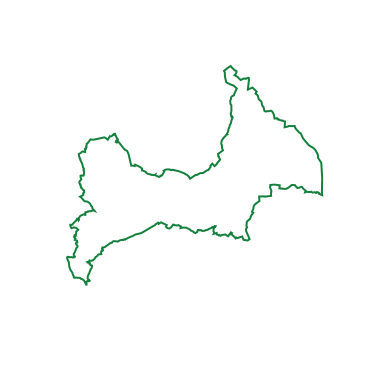 outline of Feliceni, Harghita, Romania, rotated 296°
{"feature_id": "2599482B81042464195170", "entity_name": "Feliceni", "entity_type": "district", "adm_level": 2, "iso_a3": "ROU", "parent_name": "Romania", "parent_adm1": "Harghita", "projection": "mercator", "projection_center": [25.253, 46.284], "detail": "fine", "context": "isolated", "style": "outline", "palette": "green", "viewbox_px": 384, "rotation_deg": 296, "n_neighbors": 0, "source": "geoboundaries", "source_scale": "gbopen_adm2", "svg_char_len": 6010}
<svg xmlns="http://www.w3.org/2000/svg" viewBox="0 0 384 384"><g transform="rotate(296 192 192)"><path d="M246.2,310.4L248.2,309.1L261.6,302.9L274.9,295.4L278.1,290.1L279.6,289.6L281.0,288.4L283.6,284.8L284.7,282.2L285.2,276.6L288.1,269.9L289.0,268.1L292.4,264.0L292.4,262.5L294.2,257.8L295.6,255.8L296.3,255.4L293.6,249.9L293.0,249.6L290.8,246.9L296.1,244.7L295.8,243.2L296.0,242.2L295.6,241.8L294.9,237.5L295.4,237.6L295.6,236.1L294.2,234.0L296.7,232.2L298.6,230.3L299.6,228.5L299.7,227.3L298.4,225.9L297.6,224.0L296.9,223.5L296.5,222.1L296.6,221.6L300.0,218.7L300.0,218.2L300.4,217.3L303.4,215.0L304.0,213.8L304.6,211.4L307.5,208.8L307.9,208.0L308.2,206.0L310.5,206.1L312.4,200.6L308.6,197.3L318.0,193.9L319.4,193.1L319.3,192.4L317.2,190.6L317.2,189.7L316.6,188.8L314.0,186.6L314.9,183.7L315.4,182.7L315.6,179.0L317.5,179.6L319.5,179.4L320.2,178.9L320.1,177.1L321.4,173.1L322.2,171.5L319.0,169.6L314.9,167.7L313.8,169.1L310.2,171.0L305.6,174.7L305.5,179.4L305.9,182.8L304.7,186.9L298.6,187.0L297.4,187.3L295.5,186.0L294.2,185.7L292.3,186.3L290.7,186.3L287.9,188.1L287.3,189.3L282.1,191.9L279.1,192.6L277.1,194.3L277.6,194.7L277.0,195.8L275.1,195.8L270.5,196.8L268.5,196.7L267.1,197.1L264.8,197.2L262.1,198.0L259.2,197.9L259.1,198.4L258.3,197.7L256.5,197.4L254.9,196.7L251.4,196.2L249.5,196.6L247.9,197.3L247.3,198.2L244.6,199.8L243.0,201.6L237.5,198.7L236.0,200.1L235.7,199.9L233.5,203.1L228.6,201.9L227.4,201.9L225.1,200.9L225.2,200.6L225.8,199.4L226.4,197.8L223.7,197.0L222.7,197.7L218.8,197.0L218.2,196.1L214.0,193.6L212.5,191.1L209.5,189.0L209.1,187.8L203.1,184.5L204.6,182.2L205.3,179.8L205.1,178.8L205.4,177.3L204.9,171.1L203.4,164.7L202.4,163.5L202.5,162.3L201.8,160.4L200.3,158.2L198.6,157.2L198.2,158.1L194.0,157.8L192.4,156.8L192.6,156.5L191.0,155.8L191.1,154.4L190.8,153.3L191.2,151.2L191.4,151.2L190.6,150.6L189.5,147.7L189.7,147.3L189.0,144.4L189.0,143.4L189.7,141.8L189.8,140.6L189.7,138.0L189.5,137.5L191.1,136.9L191.6,134.9L191.7,133.1L191.6,128.9L190.2,129.2L189.9,127.5L189.0,125.9L198.0,118.6L200.5,115.7L200.6,113.3L201.6,110.7L204.7,104.3L204.3,103.1L203.6,102.9L203.4,102.3L203.9,101.9L203.8,101.5L204.8,101.4L205.1,102.0L204.5,102.4L204.8,103.0L206.6,102.5L207.2,101.6L207.0,101.3L210.4,97.4L209.3,96.8L209.7,96.3L206.9,95.3L206.5,94.9L206.1,93.7L202.1,93.4L202.7,90.5L202.7,89.3L196.0,80.8L195.2,79.2L194.8,77.7L190.5,76.9L189.0,76.2L187.8,76.8L186.6,76.8L186.4,77.4L184.5,77.8L184.3,77.0L184.0,76.9L181.1,78.4L180.7,76.5L180.2,75.5L178.6,75.0L176.4,73.6L173.3,76.0L172.7,77.3L172.1,77.3L169.2,80.9L167.2,82.7L166.5,83.0L165.6,84.6L164.8,85.0L164.1,84.8L162.9,86.3L159.3,87.4L158.9,87.0L158.4,85.3L157.8,84.7L156.4,85.4L155.0,86.9L152.3,86.3L151.0,86.6L149.7,88.1L149.8,88.5L149.0,88.7L148.7,89.5L147.3,90.1L147.0,91.6L146.2,92.8L146.2,94.1L144.3,95.3L143.2,94.7L141.6,95.6L138.7,93.5L138.6,94.6L136.6,99.4L137.5,102.3L137.2,104.4L136.6,105.9L135.5,107.0L135.0,108.5L133.4,110.0L132.7,111.4L132.7,112.1L132.3,112.8L132.2,111.2L130.4,109.5L129.0,107.1L128.6,107.1L127.0,105.1L124.7,106.2L124.5,105.9L124.8,104.8L123.9,103.9L123.2,103.6L122.3,102.5L121.2,102.0L118.8,101.7L117.6,102.6L116.6,102.5L117.8,100.7L117.7,100.4L115.0,100.3L114.4,99.9L110.9,98.8L110.3,98.9L109.7,98.2L109.2,97.0L107.6,98.1L106.6,99.5L108.2,101.1L108.7,102.0L108.9,104.0L108.2,106.3L105.5,105.3L103.4,106.3L101.8,105.5L101.6,106.7L99.9,105.7L99.1,107.1L99.0,107.6L97.6,107.6L97.6,108.8L97.9,109.9L96.4,111.0L95.3,110.1L94.9,110.2L93.9,111.5L93.2,112.9L92.2,113.1L90.8,112.6L86.8,113.1L84.4,112.9L82.9,113.8L82.8,114.7L82.5,115.0L82.2,114.6L81.6,114.6L80.9,113.7L80.6,112.2L79.9,110.9L79.2,108.6L78.3,108.4L76.4,110.1L75.0,112.0L71.3,114.3L69.8,115.6L68.0,118.0L67.0,119.9L65.8,120.8L64.2,122.9L63.4,123.2L63.4,124.2L64.1,125.0L65.7,129.0L65.3,130.0L65.5,131.5L65.1,133.9L61.8,138.2L63.9,137.1L65.2,135.7L65.1,136.1L65.9,137.0L66.8,138.7L67.2,138.9L67.3,137.6L68.0,137.7L68.1,137.2L67.9,137.0L68.4,136.2L70.6,135.2L74.6,135.2L76.9,134.8L79.7,135.1L81.4,134.7L82.0,134.4L81.8,132.7L82.5,132.1L82.6,131.3L83.3,131.3L83.4,130.4L83.2,129.4L82.9,129.2L83.1,128.5L84.6,129.9L85.6,130.0L85.6,130.8L86.1,131.7L87.4,133.0L89.1,133.7L91.3,133.9L92.4,134.7L94.8,135.2L96.4,137.7L97.1,137.1L98.8,136.5L99.8,136.6L99.9,137.3L100.6,137.6L101.7,136.1L102.0,136.4L102.8,135.8L104.1,137.7L110.3,141.0L111.2,142.2L112.7,142.5L113.3,143.0L113.9,144.0L115.0,147.1L117.2,148.6L118.7,150.7L118.5,150.9L118.6,151.2L120.1,152.3L120.0,152.8L123.2,155.0L126.8,158.3L128.8,159.6L132.8,164.4L146.2,173.3L147.1,173.5L149.5,175.0L148.7,176.0L151.1,177.4L151.2,183.8L149.3,183.9L148.8,185.7L149.1,187.2L149.4,187.8L150.8,188.6L154.5,189.4L154.6,190.9L155.3,193.1L156.3,194.3L156.1,195.8L156.2,197.0L154.5,197.5L155.8,199.0L157.3,202.1L157.4,206.5L156.8,208.1L157.0,209.0L156.9,210.6L156.5,211.7L156.5,213.0L158.1,214.1L160.5,214.0L161.0,214.9L160.8,215.4L161.4,216.8L161.7,216.9L161.5,218.3L162.8,220.5L163.8,221.2L164.7,222.5L166.4,223.5L168.3,225.3L169.3,225.5L170.6,227.1L171.4,227.4L171.7,228.2L170.6,228.3L170.1,227.8L168.5,227.5L166.5,228.3L164.7,230.1L164.1,230.0L166.0,232.1L164.7,232.9L165.0,234.4L164.8,235.1L165.1,235.2L165.5,234.6L165.1,236.8L166.5,237.7L168.5,240.7L168.0,243.8L172.8,244.7L172.7,245.9L171.0,245.7L171.2,246.7L169.5,251.6L170.5,251.7L170.5,253.0L174.0,256.6L171.6,259.3L172.8,263.3L174.9,264.4L180.8,257.6L182.9,256.7L184.5,257.0L185.3,255.9L188.6,254.5L190.6,254.7L193.3,256.0L196.5,255.5L200.2,256.1L200.2,255.0L200.5,254.6L203.9,254.5L205.4,253.9L207.4,253.7L209.2,254.3L213.4,256.6L217.4,254.3L220.1,259.6L219.9,259.8L223.2,264.8L224.9,263.8L227.9,262.8L230.3,260.2L232.6,259.3L234.7,262.7L236.5,267.9L235.1,268.3L234.5,268.9L233.6,269.0L235.4,274.0L236.6,275.7L239.1,277.3L242.1,278.6L243.3,281.5L242.8,282.3L241.8,284.9L242.8,286.4L244.4,287.7L244.8,288.6L243.7,290.6L243.0,293.6L241.3,293.8L242.5,295.1L243.6,297.9L244.6,299.1L244.3,299.7L244.3,300.5L245.6,302.4L245.5,303.9L245.9,304.3L246.8,304.4L246.9,306.4L246.7,306.8L246.1,307.0L246.2,310.4Z" fill="none" stroke="#15803d" stroke-width="2"/></g></svg>